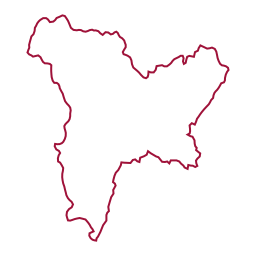 outline of Santo Antônio do Jacinto, Minas Gerais, Brazil
{"feature_id": "56859067B97088826230924", "entity_name": "Santo Antônio do Jacinto", "entity_type": "district", "adm_level": 2, "iso_a3": "BRA", "parent_name": "Brazil", "parent_adm1": "Minas Gerais", "projection": "robinson", "projection_center": [-40.275, -16.528], "detail": "fine", "context": "isolated", "style": "outline", "palette": "rose", "viewbox_px": 256, "rotation_deg": 0, "n_neighbors": 0, "source": "geoboundaries", "source_scale": "gbopen_adm2", "svg_char_len": 3562}
<svg xmlns="http://www.w3.org/2000/svg" viewBox="0 0 256 256"><path d="M228.5,70.0L228.0,67.8L226.0,66.3L223.8,65.6L221.9,65.3L220.1,63.8L218.6,60.8L217.6,58.0L217.0,54.8L216.3,51.6L214.8,48.9L212.0,47.6L209.4,48.3L207.1,48.6L203.8,47.0L200.4,45.4L198.7,48.1L197.9,50.7L195.0,52.1L194.4,54.7L193.9,56.8L191.5,56.3L189.3,55.9L187.2,56.8L186.3,59.8L185.7,62.8L183.9,63.9L183.0,61.4L183.6,58.2L182.7,55.8L180.6,55.8L178.6,57.1L176.1,58.3L174.3,59.2L172.6,60.9L171.2,62.9L169.5,64.5L167.0,66.3L164.2,66.3L162.1,65.2L159.6,65.6L156.6,66.1L155.7,69.8L153.7,72.4L150.8,72.4L148.5,71.6L148.3,74.7L147.7,76.9L146.0,78.2L143.5,77.4L141.0,74.9L139.1,72.6L137.3,70.9L135.3,69.2L133.3,67.5L132.0,64.2L131.4,60.3L130.1,57.4L127.6,55.7L125.7,54.9L123.6,54.2L122.8,52.1L124.1,49.7L125.7,47.2L125.7,44.8L124.9,42.7L124.2,40.5L122.2,38.3L119.9,36.9L118.7,35.0L117.8,33.0L116.3,31.7L114.5,32.4L113.0,33.8L110.8,34.4L108.3,32.5L105.5,32.2L102.7,34.9L100.3,33.3L98.4,31.2L95.8,30.4L93.9,30.5L92.1,29.7L89.8,30.1L87.9,31.0L85.6,31.7L83.2,31.3L81.0,30.1L78.9,29.9L76.8,30.3L73.5,29.9L70.9,27.8L69.9,25.3L69.0,23.1L68.0,20.8L66.5,18.4L64.8,16.0L62.4,15.4L59.5,16.8L56.6,18.0L55.2,20.0L53.3,21.6L49.9,22.1L47.9,19.4L46.1,18.1L43.2,18.1L40.3,19.9L38.7,21.4L37.2,23.4L36.0,26.0L34.9,27.8L34.6,31.0L33.5,34.2L31.4,36.4L30.8,38.6L29.9,41.8L29.1,44.9L29.3,47.7L28.4,49.8L27.5,52.5L29.2,54.4L31.4,55.4L33.0,56.6L35.2,56.1L38.2,55.4L40.5,57.2L41.7,59.6L43.0,61.9L44.8,63.3L47.4,63.4L49.8,63.9L51.3,65.2L51.2,68.0L51.2,71.0L51.4,74.1L51.7,77.2L52.7,80.7L54.3,82.9L56.8,82.9L58.5,84.2L59.4,86.2L59.8,88.3L61.3,91.2L62.7,93.6L63.8,97.4L65.1,101.2L66.9,103.6L68.9,105.7L70.2,107.6L70.7,110.4L70.2,113.5L70.2,116.2L69.6,119.1L68.3,121.3L66.8,122.7L65.3,124.3L64.3,126.1L64.6,128.4L65.3,130.7L65.8,132.9L65.7,136.1L64.8,139.0L63.3,141.8L61.8,143.2L59.6,144.1L57.2,144.2L55.1,143.9L54.7,146.3L56.3,149.4L58.9,150.9L60.1,153.0L58.7,155.3L57.9,158.3L58.1,161.5L60.1,162.6L61.6,165.0L63.2,168.0L62.9,170.9L62.3,173.7L62.2,177.2L62.6,180.4L63.2,183.4L64.3,186.5L65.0,189.6L65.8,192.6L66.4,195.2L67.9,198.1L69.6,200.1L71.6,201.8L73.0,204.4L71.7,207.3L69.0,209.1L67.0,211.8L66.5,215.2L67.0,217.3L68.0,220.4L70.2,220.6L72.4,219.9L74.6,219.1L77.0,218.5L79.6,218.0L82.5,218.7L85.5,219.5L88.2,222.7L89.8,225.0L90.9,227.2L92.5,229.2L93.6,231.4L91.3,232.4L89.5,233.3L89.3,235.7L90.7,238.2L92.5,239.7L94.3,240.3L96.2,240.6L96.6,238.3L98.0,236.6L100.4,231.9L103.1,225.2L106.4,220.6L106.4,215.0L107.3,212.7L108.9,211.1L108.3,206.9L109.8,201.7L111.2,197.1L113.5,193.6L113.2,190.0L115.6,185.6L114.9,183.6L113.0,182.1L113.5,179.5L114.5,175.8L115.8,172.7L118.3,170.0L120.8,165.3L121.4,162.4L124.2,162.7L130.5,163.0L132.8,160.0L135.2,159.4L137.3,161.3L139.4,162.0L140.2,157.7L143.9,156.3L146.7,154.7L148.0,151.2L150.8,153.3L156.2,156.5L158.4,157.2L162.1,161.8L164.9,162.0L167.2,161.5L169.3,163.4L170.8,160.4L173.9,160.4L176.5,160.4L179.3,161.5L181.0,163.6L183.4,165.6L184.6,167.5L187.6,168.9L188.3,165.0L190.8,165.6L192.8,165.7L195.2,167.0L197.3,165.9L196.3,163.3L196.0,160.6L197.4,158.6L199.7,156.5L200.2,153.4L198.4,152.0L196.1,150.1L196.7,147.9L195.3,146.2L194.7,143.7L194.5,140.3L192.5,136.7L190.5,136.2L187.6,134.6L189.7,133.4L190.1,131.2L190.0,128.7L189.6,125.4L191.8,123.2L194.8,124.6L196.1,121.6L197.0,118.8L198.7,116.5L200.0,114.5L201.7,112.2L204.0,109.4L206.4,106.8L208.8,104.3L210.0,102.3L211.1,100.1L213.1,98.0L213.5,95.4L214.4,93.0L215.6,91.4L217.2,89.8L218.6,87.9L219.7,86.1L221.2,83.3L224.0,82.3L224.9,80.4L225.0,78.0L225.8,74.6L227.1,71.8L228.5,70.0Z" fill="none" stroke="#9f1239" stroke-width="2"/></svg>